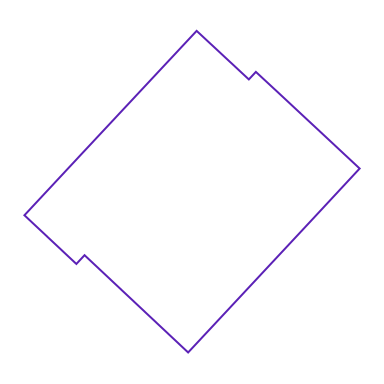 Wells, North Dakota, United States of America (Robinson projection), rotated 313°
{"feature_id": "52423323B624254264664", "entity_name": "Wells", "entity_type": "district", "adm_level": 2, "iso_a3": "USA", "parent_name": "United States of America", "parent_adm1": "North Dakota", "projection": "robinson", "projection_center": [-99.663, 47.587], "detail": "fine", "context": "isolated", "style": "outline", "palette": "violet", "viewbox_px": 384, "rotation_deg": 313, "n_neighbors": 0, "source": "geoboundaries", "source_scale": "gbopen_adm2", "svg_char_len": 301}
<svg xmlns="http://www.w3.org/2000/svg" viewBox="0 0 384 384"><g transform="rotate(313 192 192)"><path d="M60.7,85.3L60.5,156.5L72.5,156.5L72.0,298.6L253.2,298.7L323.5,298.6L323.5,191.8L323.4,156.8L313.1,156.8L313.0,85.5L144.7,85.3L60.7,85.3Z" fill="none" stroke="#5b21b6" stroke-width="2"/></g></svg>